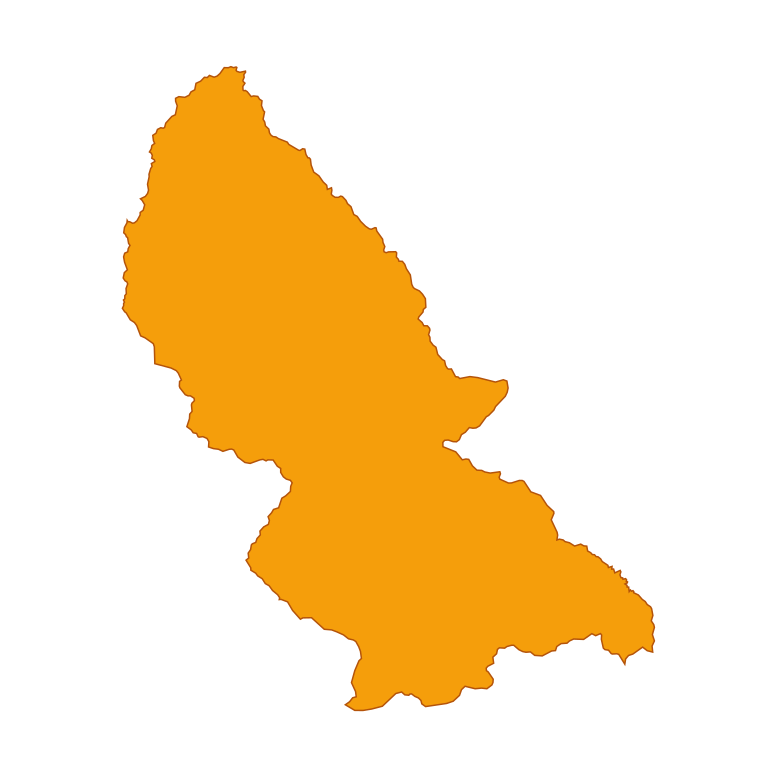 the district of Andapa, Sava, Madagascar, rotated 177°
{"feature_id": "10022922B40357207342555", "entity_name": "Andapa", "entity_type": "district", "adm_level": 2, "iso_a3": "MDG", "parent_name": "Madagascar", "parent_adm1": "Sava", "projection": "mercator", "projection_center": [49.555, -14.613], "detail": "fine", "context": "isolated", "style": "filled", "palette": "amber", "viewbox_px": 768, "rotation_deg": 177, "n_neighbors": 0, "source": "geoboundaries", "source_scale": "gbopen_adm2", "svg_char_len": 6131}
<svg xmlns="http://www.w3.org/2000/svg" viewBox="0 0 768 768"><g transform="rotate(177 384 384)"><path d="M577.2,680.2L577.3,677.3L575.9,672.6L578.3,663.8L581.9,662.3L588.3,655.9L589.7,651.6L591.1,651.0L593.5,651.6L596.9,650.1L598.5,646.4L601.9,644.4L601.5,639.0L600.4,636.3L603.3,634.3L604.1,631.0L606.1,628.0L604.3,626.7L603.4,624.3L604.1,621.6L601.6,619.9L601.2,618.2L604.8,616.3L604.2,613.4L605.7,611.4L607.7,605.8L607.7,603.2L609.7,595.9L609.0,589.9L610.1,586.7L612.5,583.8L617.5,581.7L615.9,580.0L613.6,575.5L615.4,570.1L618.5,568.1L618.7,565.5L622.1,560.0L624.8,558.0L626.6,557.7L629.4,559.3L631.3,559.6L631.9,560.8L632.3,558.3L635.0,553.9L636.0,548.6L634.2,546.7L633.6,544.6L632.4,543.6L631.7,537.8L630.4,535.7L632.3,532.7L633.0,529.4L636.1,528.2L637.4,524.6L636.7,519.2L634.3,511.5L637.5,508.8L638.9,503.5L637.2,500.6L635.4,499.4L634.7,497.4L636.6,492.9L636.6,487.6L638.2,485.8L638.4,482.6L639.8,481.5L638.9,479.3L639.8,478.1L639.9,475.8L641.3,473.3L639.2,469.7L637.8,468.6L634.0,461.4L630.0,458.5L627.9,455.3L624.5,444.8L620.2,442.6L612.3,436.4L611.4,433.2L611.8,416.3L595.8,411.1L590.7,408.2L588.9,405.7L586.1,398.6L588.0,397.3L588.5,392.6L588.0,390.8L583.0,383.7L580.3,382.4L577.9,382.3L574.4,379.7L574.2,377.3L576.8,374.9L577.4,373.2L577.1,366.7L579.6,364.1L580.1,359.5L583.1,351.7L578.9,348.2L577.1,345.3L573.7,344.4L572.4,341.1L571.5,340.6L567.6,340.9L563.6,338.9L561.9,335.6L562.5,330.3L557.7,328.4L552.7,327.5L548.4,325.2L542.0,326.9L539.6,327.0L537.5,326.0L533.8,318.7L527.0,312.9L521.8,311.7L512.0,314.7L508.8,315.1L505.8,313.4L504.0,314.3L498.7,313.9L494.8,307.4L491.6,305.1L491.8,301.1L489.4,296.6L486.6,294.2L482.5,292.7L480.9,290.1L482.5,286.7L483.1,281.6L488.1,277.4L492.0,275.3L495.7,265.9L500.9,264.5L503.0,261.3L506.7,257.6L505.6,253.7L506.8,249.9L511.6,247.6L515.6,243.6L515.4,239.8L518.9,236.3L520.4,232.5L523.9,231.3L524.9,230.2L525.9,225.6L528.5,222.2L528.2,217.3L531.0,215.3L526.7,207.5L526.7,205.0L522.0,201.8L520.2,199.0L515.8,195.9L513.0,190.9L509.3,188.6L506.1,183.6L501.2,179.1L499.4,176.0L499.9,174.2L498.1,174.3L491.7,171.5L487.1,162.6L479.8,153.5L477.2,154.7L468.6,154.4L456.5,142.2L449.2,141.2L444.0,138.9L437.6,135.6L432.8,131.4L428.0,130.0L425.6,128.3L423.0,123.0L421.5,118.2L420.9,111.1L423.5,108.9L428.2,99.2L432.1,87.5L428.5,78.4L428.1,73.1L431.7,72.3L435.0,68.5L439.4,65.7L430.3,59.6L422.0,59.1L413.2,60.1L402.5,62.3L388.4,74.3L382.5,75.5L379.5,72.5L375.5,71.9L374.4,73.0L372.7,73.1L369.5,70.4L366.1,68.7L363.7,66.1L363.0,62.6L359.4,59.7L338.2,61.7L331.5,63.6L324.9,69.1L322.6,74.7L318.9,77.9L308.9,74.9L302.6,75.2L297.2,74.3L292.0,77.8L290.8,80.2L290.4,83.5L295.0,91.0L296.7,92.4L296.8,94.9L295.1,96.7L289.1,99.4L289.6,105.5L285.7,108.7L284.6,113.0L282.6,114.5L277.3,113.9L275.0,115.4L270.4,116.4L268.1,116.3L263.2,111.6L259.4,109.5L256.3,108.7L251.8,108.8L247.7,105.1L240.2,104.2L230.6,108.6L226.7,108.8L225.2,112.8L220.7,115.5L214.8,115.6L212.2,117.7L208.0,119.4L198.0,118.5L189.5,123.8L185.8,121.6L180.9,123.4L179.8,121.9L180.3,117.7L178.8,108.8L177.3,107.2L173.7,106.4L171.3,103.0L170.2,102.4L165.6,102.4L163.7,101.7L158.2,91.6L157.1,96.8L154.0,100.1L149.6,101.3L139.5,107.7L135.1,103.9L129.7,102.2L130.0,108.3L127.4,113.3L129.1,119.7L126.7,126.8L127.2,129.6L129.5,133.5L127.6,138.8L128.5,145.6L129.5,147.6L132.7,150.0L134.5,153.1L137.4,155.4L141.0,160.0L145.6,162.5L145.4,163.6L146.2,164.6L147.6,164.1L148.7,165.4L150.0,163.9L150.3,168.4L151.8,168.5L151.9,170.3L153.8,171.7L151.4,172.7L151.2,173.7L152.4,174.1L152.0,175.7L152.9,177.0L155.6,176.5L155.8,177.9L157.5,178.2L158.4,181.1L157.3,184.0L157.9,185.5L163.4,183.3L164.4,187.2L166.3,187.2L165.8,189.9L169.5,189.0L169.9,191.2L175.4,195.3L176.8,198.0L179.4,200.3L181.2,200.5L182.7,202.5L184.9,202.8L186.4,204.7L189.4,206.6L190.0,211.5L193.0,211.9L195.9,213.8L202.1,212.2L207.2,215.8L211.4,217.1L213.3,218.9L217.0,219.9L219.5,219.2L218.5,224.0L218.9,226.9L224.1,239.6L221.1,245.9L221.2,247.7L227.5,254.2L233.5,264.5L243.0,268.6L249.3,279.4L251.0,280.4L253.9,280.6L261.9,278.5L264.9,278.6L273.3,282.9L273.9,284.9L272.4,288.2L272.9,290.3L282.6,289.5L288.0,290.9L290.9,292.6L295.7,293.1L300.0,297.6L303.3,304.3L306.1,304.8L309.8,304.2L315.9,312.5L328.4,318.3L328.3,322.6L326.4,324.6L322.8,324.7L318.0,322.8L314.6,322.5L311.7,324.5L309.3,329.4L305.3,331.6L301.1,336.0L297.6,335.2L294.4,335.3L290.7,337.2L283.5,346.0L281.2,347.1L275.7,352.1L273.8,355.6L263.5,365.4L261.4,369.3L260.3,373.5L261.1,380.5L264.6,382.0L272.6,380.1L290.1,385.5L297.8,386.9L308.1,385.5L309.6,387.1L312.2,387.6L315.9,395.5L318.9,395.5L319.9,396.3L321.5,399.2L322.3,404.0L324.5,405.4L328.8,410.7L330.2,418.0L332.9,420.2L335.7,424.4L335.7,428.3L336.9,430.9L335.3,435.4L335.6,437.2L337.6,439.8L341.2,440.1L342.7,443.4L346.5,447.1L345.7,449.2L341.3,453.8L340.8,456.4L338.2,458.4L338.2,467.1L340.8,471.6L343.8,475.1L348.6,477.7L349.9,479.2L351.1,482.2L352.0,491.6L355.6,497.9L357.0,502.4L359.2,505.5L362.7,505.9L363.1,507.7L365.0,510.1L364.5,514.3L365.4,515.5L372.5,515.7L375.0,515.0L377.0,516.0L377.3,517.9L376.0,521.2L377.6,525.4L377.8,528.7L383.2,537.1L383.7,540.3L384.8,540.6L388.6,539.2L390.5,539.7L394.2,542.5L398.8,547.6L402.0,552.8L405.3,554.8L407.7,562.8L411.0,566.0L412.4,569.4L415.7,573.3L417.4,573.9L419.7,572.8L423.1,573.0L425.9,575.1L426.7,576.5L425.9,580.3L426.2,582.7L430.4,581.3L430.8,585.4L434.2,589.0L438.1,595.3L443.1,599.3L445.3,606.5L445.7,612.3L446.8,613.7L448.2,613.9L449.9,617.3L450.8,622.7L452.9,623.2L455.7,621.6L457.0,621.9L466.5,628.2L467.9,630.6L476.6,634.6L479.0,636.4L482.0,636.9L484.0,638.6L485.2,640.8L485.7,644.6L488.9,648.0L489.4,651.9L490.9,654.7L489.0,662.0L490.1,663.3L491.8,668.4L491.0,673.2L493.4,674.9L495.0,677.8L499.1,678.5L501.6,678.0L505.3,683.1L507.1,684.4L508.5,684.2L509.4,684.9L509.4,688.5L507.1,691.7L508.8,693.4L509.0,694.7L507.6,697.5L507.8,700.3L505.9,702.6L506.0,703.7L511.6,702.8L514.5,703.9L515.3,705.0L514.4,707.8L515.1,708.3L517.7,707.8L520.3,708.9L522.9,708.0L527.0,708.3L531.6,702.6L534.6,700.2L537.6,699.3L542.2,701.3L544.4,699.3L547.3,699.7L551.3,696.0L556.0,694.1L557.6,687.7L561.5,685.8L563.5,682.6L567.8,680.7L573.8,681.7L577.2,680.2Z" fill="#f59e0b" stroke="#b45309" stroke-width="1.5"/></g></svg>